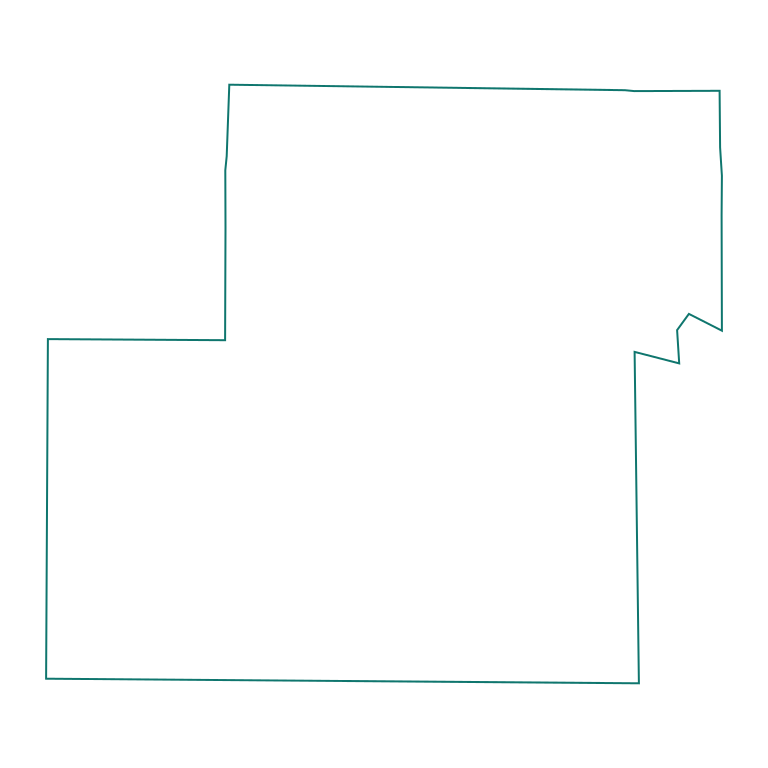 the district of Owen, Indiana, United States of America
{"feature_id": "52423323B55669324788412", "entity_name": "Owen", "entity_type": "district", "adm_level": 2, "iso_a3": "USA", "parent_name": "United States of America", "parent_adm1": "Indiana", "projection": "robinson", "projection_center": [-86.781, 39.32], "detail": "fine", "context": "isolated", "style": "outline", "palette": "teal", "viewbox_px": 768, "rotation_deg": 0, "n_neighbors": 0, "source": "geoboundaries", "source_scale": "gbopen_adm2", "svg_char_len": 360}
<svg xmlns="http://www.w3.org/2000/svg" viewBox="0 0 768 768"><path d="M229.3,84.7L226.7,156.2L225.3,170.3L225.5,227.6L225.1,340.2L47.9,339.1L46.1,678.7L638.9,683.3L634.6,351.9L679.2,363.4L677.1,330.1L688.9,313.9L721.9,330.7L721.6,215.3L721.9,175.8L720.1,147.5L719.6,90.8L634.3,91.1L624.9,90.2L229.3,84.7Z" fill="none" stroke="#0f766e" stroke-width="2"/></svg>